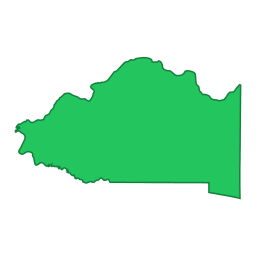 Illinois, Mercator projection, rotated 90°
{"feature_id": "USA-3546", "entity_name": "Illinois", "entity_type": "State", "adm_level": 1, "iso_a3": "USA", "parent_name": "United States of America", "parent_adm1": "", "projection": "mercator", "projection_center": [-89.31, 39.745], "detail": "fine", "context": "isolated", "style": "filled", "palette": "green", "viewbox_px": 256, "rotation_deg": 90, "n_neighbors": 0, "source": "natural_earth", "source_scale": "10m", "svg_char_len": 5752}
<svg xmlns="http://www.w3.org/2000/svg" viewBox="0 0 256 256"><g transform="rotate(90 128 128)"><path d="M86.8,165.3L85.5,164.8L84.6,163.6L83.2,160.6L83.3,160.1L83.3,159.4L83.1,158.8L82.8,158.3L82.7,157.7L82.8,157.2L83.0,156.8L83.2,156.3L83.0,155.9L82.5,155.0L82.3,154.5L82.3,154.0L82.3,152.9L82.3,152.3L82.1,151.5L81.7,150.6L80.9,149.2L80.2,148.2L79.5,147.5L72.3,142.1L71.8,141.7L71.6,141.1L71.5,140.2L71.1,139.5L70.6,138.9L62.8,131.7L62.1,130.6L61.7,129.3L61.7,128.3L61.6,127.9L61.4,127.5L60.6,126.6L60.4,126.1L59.9,125.6L59.8,125.4L59.8,124.9L60.0,123.7L60.1,122.7L60.0,122.3L59.9,122.0L59.8,121.7L59.6,121.4L59.1,120.8L58.6,120.1L58.5,119.5L57.6,112.7L57.7,110.8L57.9,109.1L58.3,107.0L59.1,105.2L60.0,104.3L61.9,103.8L62.2,103.4L62.1,102.8L62.0,101.7L62.0,101.0L62.2,99.7L62.1,99.0L61.9,98.3L61.0,97.5L60.9,97.2L61.0,96.8L61.3,96.3L61.3,96.0L61.9,95.3L63.1,94.5L64.5,93.9L65.5,93.6L66.8,93.5L68.0,93.1L69.1,92.3L69.9,91.1L70.5,89.4L70.7,88.5L70.8,86.7L70.9,86.0L71.3,85.4L71.8,84.6L74.9,81.0L75.5,79.5L75.6,77.5L75.4,75.6L74.8,73.9L73.9,72.7L72.4,71.4L71.9,71.2L71.3,70.9L70.9,70.0L70.8,68.9L70.8,68.1L71.0,66.3L71.5,64.5L72.1,62.8L72.9,61.6L74.1,60.7L83.1,60.0L84.4,59.5L85.1,58.9L86.3,57.5L86.9,57.2L90.0,56.7L91.3,56.1L91.9,55.7L92.2,55.1L92.5,54.8L93.8,54.0L94.3,53.5L94.5,53.1L94.5,52.7L94.5,51.7L94.5,51.4L94.4,51.2L94.7,50.2L94.9,49.3L95.2,48.4L95.6,47.5L96.0,46.9L96.5,46.5L97.8,45.4L98.3,45.2L98.8,44.8L99.2,43.9L99.7,42.0L99.9,39.5L100.5,38.0L100.6,36.2L100.7,35.7L100.0,33.8L99.9,33.2L99.9,32.6L99.8,32.1L99.6,31.8L99.1,31.7L98.8,31.5L98.1,30.5L97.7,30.2L95.1,28.6L94.6,28.5L94.2,28.2L93.6,27.3L92.5,26.6L92.2,25.7L92.2,23.3L92.2,23.5L91.6,22.1L90.6,21.1L88.0,19.4L87.0,18.5L86.5,17.9L86.0,17.4L85.1,16.9L84.7,16.3L85.1,15.4L90.8,15.4L96.3,15.5L101.8,15.5L118.5,15.7L124.0,15.7L129.6,15.8L146.2,15.9L151.7,16.0L157.3,16.0L162.8,16.1L168.4,16.2L173.9,16.2L185.8,16.2L191.5,16.1L198.4,16.0L197.6,19.2L196.9,22.6L196.1,26.5L195.4,30.3L194.7,34.6L193.7,39.8L193.0,44.1L192.5,47.1L192.0,47.1L191.8,47.1L190.2,47.1L182.7,47.1L182.7,48.9L182.6,54.9L182.6,61.0L182.6,67.0L182.6,73.0L182.6,79.0L182.5,85.0L182.5,91.0L182.5,97.0L182.5,102.9L182.4,114.8L182.4,126.6L182.3,132.5L182.3,138.4L182.3,144.3L182.3,145.8L182.2,146.0L180.3,146.9L179.7,147.5L179.4,148.3L179.5,149.0L180.3,150.4L180.2,152.1L178.2,154.1L178.1,155.6L178.3,156.0L178.5,156.2L179.0,156.5L179.9,157.4L180.2,158.2L180.5,159.7L180.7,160.3L181.1,160.8L182.0,161.6L182.2,162.1L182.2,163.8L182.1,164.2L181.6,164.8L181.5,165.3L181.9,166.8L182.6,168.3L183.0,169.9L182.0,172.9L181.8,173.1L181.5,173.2L181.0,173.2L180.7,173.3L180.2,173.7L179.7,174.4L179.5,175.2L179.6,176.0L179.4,176.4L179.3,176.5L179.2,176.6L179.4,176.6L179.0,176.8L178.6,177.1L178.3,177.6L178.1,178.2L178.2,178.8L178.7,179.7L178.7,180.1L178.5,180.6L178.4,180.5L178.2,180.4L177.9,180.4L177.7,180.6L177.3,181.0L177.1,181.2L176.1,181.7L175.1,182.0L175.1,182.3L175.6,182.8L175.4,183.6L175.0,184.4L174.5,185.0L174.3,185.2L173.6,185.4L173.4,185.6L173.1,186.0L172.9,186.9L172.6,187.4L172.6,187.7L172.5,188.2L172.4,188.7L172.2,188.9L171.9,188.7L171.8,188.3L171.7,187.9L171.4,187.9L171.1,188.2L170.9,188.5L170.7,189.3L170.3,189.0L170.0,188.6L170.0,188.3L169.4,188.5L169.1,189.0L168.9,189.6L168.7,190.3L168.4,190.6L168.1,190.8L167.9,191.1L167.8,191.6L167.9,192.0L168.1,192.3L168.4,192.6L168.5,192.8L168.8,193.2L169.4,193.6L169.7,194.0L169.4,194.7L169.1,194.9L168.5,195.1L168.1,195.3L167.5,196.0L166.7,196.5L167.2,196.7L168.2,196.6L168.7,197.0L168.3,197.4L167.7,197.8L167.2,198.0L166.7,198.1L166.3,198.3L166.7,199.3L166.3,199.8L166.4,200.2L166.6,200.8L166.6,201.4L166.4,201.7L166.1,201.9L166.1,202.4L166.3,203.2L166.4,203.7L166.5,204.1L166.4,204.4L165.9,204.7L165.6,204.7L164.2,204.4L164.7,205.1L166.2,206.5L166.4,207.0L166.1,207.1L165.6,207.2L164.7,207.1L164.6,207.4L164.7,207.6L164.9,207.7L165.5,207.7L166.3,208.0L166.1,208.6L166.1,209.3L165.8,210.2L165.3,210.8L163.5,212.3L163.2,212.8L162.8,213.7L162.6,214.6L162.8,215.4L163.3,216.5L163.5,216.7L164.4,217.7L165.1,219.4L164.8,220.5L163.8,221.1L158.1,222.2L156.2,223.2L155.7,223.4L154.3,223.4L153.7,223.5L153.1,223.7L152.7,224.2L152.4,224.7L151.8,226.3L151.7,227.9L151.9,229.3L152.6,230.6L153.6,232.0L154.1,233.2L154.1,234.4L153.5,236.0L152.5,237.0L151.4,237.1L150.1,236.8L147.9,235.3L139.3,231.2L137.8,230.9L136.3,231.0L135.0,231.6L134.0,232.5L133.6,232.9L132.6,234.9L131.5,236.1L130.8,237.4L130.9,238.4L131.5,239.3L132.5,240.6L131.9,240.3L131.6,240.4L131.3,240.5L130.9,240.6L130.5,240.5L130.2,240.2L130.1,239.8L130.0,239.4L129.9,238.9L129.6,238.7L129.0,238.3L128.7,238.0L128.6,237.7L128.5,236.7L128.3,236.5L127.5,236.5L127.0,236.6L126.8,237.0L127.1,237.9L127.4,238.2L127.7,238.4L127.9,238.8L128.0,239.4L127.8,239.8L127.4,239.8L126.2,239.2L124.6,237.9L124.1,237.3L124.3,236.2L123.9,235.1L122.6,233.3L121.9,232.0L121.6,231.4L121.5,230.7L121.6,230.2L121.1,229.8L120.8,229.7L120.2,229.4L120.0,227.8L121.0,226.6L122.1,225.6L122.6,224.2L122.3,222.5L121.6,221.1L120.7,219.9L120.0,218.5L119.9,217.7L120.0,217.0L120.2,216.3L120.3,215.6L120.1,214.9L119.9,214.2L119.8,213.6L120.0,213.1L119.2,212.3L116.2,210.9L115.5,210.1L114.6,207.9L113.8,206.8L113.1,206.3L111.1,205.5L110.4,204.9L108.6,203.1L107.6,202.3L106.5,202.0L106.1,201.8L105.0,201.9L104.5,201.5L102.8,200.1L101.7,199.7L100.8,198.9L100.1,197.9L99.3,197.0L98.1,196.4L97.5,195.9L97.3,195.3L97.1,194.9L96.2,194.0L96.0,193.6L94.3,192.1L94.0,191.8L93.8,191.4L93.6,190.9L93.5,190.3L93.2,188.4L93.3,186.9L93.8,185.7L95.3,183.2L96.9,178.7L98.5,176.2L99.0,174.9L99.0,173.3L98.9,171.7L98.9,170.7L99.4,170.2L99.8,169.9L100.4,168.9L100.9,167.9L101.2,167.2L100.6,166.2L99.4,165.1L96.3,163.4L94.7,162.9L94.0,162.8L93.4,162.7L92.3,162.0L91.7,161.7L90.2,162.1L88.2,164.7L86.8,165.3Z" fill="#22c55e" stroke="#15803d" stroke-width="1.5"/></g></svg>